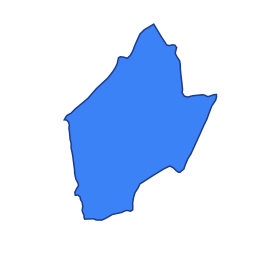 Överkalix, Norrbotten, Sweden, rotated 232°
{"feature_id": "70781695B62511504929607", "entity_name": "Överkalix", "entity_type": "district", "adm_level": 2, "iso_a3": "SWE", "parent_name": "Sweden", "parent_adm1": "Norrbotten", "projection": "mercator", "projection_center": [22.529, 66.493], "detail": "fine", "context": "isolated", "style": "filled", "palette": "blue", "viewbox_px": 256, "rotation_deg": 232, "n_neighbors": 0, "source": "geoboundaries", "source_scale": "gbopen_adm2", "svg_char_len": 1491}
<svg xmlns="http://www.w3.org/2000/svg" viewBox="0 0 256 256"><g transform="rotate(232 128 128)"><path d="M82.9,37.7L77.8,44.8L75.0,46.4L71.5,50.8L70.5,55.1L69.5,62.4L65.3,71.2L64.7,74.2L63.7,76.5L60.8,78.9L60.6,81.3L62.4,82.8L66.3,85.7L70.0,89.8L72.8,93.8L74.4,98.5L76.6,102.9L75.2,118.1L73.7,131.2L72.3,137.5L68.7,139.2L64.8,139.7L62.1,140.5L61.1,141.8L61.2,143.3L61.3,146.8L63.7,150.4L65.6,153.8L67.1,156.7L68.9,161.7L74.1,171.7L78.7,180.5L83.5,189.5L86.3,195.4L90.2,201.6L93.8,207.6L95.9,214.1L98.1,217.0L100.0,218.3L101.2,216.5L103.5,210.2L107.0,208.4L108.7,206.7L111.7,201.8L113.7,198.6L115.6,194.1L118.4,192.0L122.6,192.4L124.5,194.5L128.1,196.8L131.5,198.9L136.8,202.1L142.1,205.5L146.0,208.4L149.4,210.1L154.3,210.4L157.8,211.2L159.3,213.0L161.5,215.9L164.6,215.9L166.4,213.9L167.4,211.4L169.6,209.6L179.2,210.4L194.0,212.2L195.4,201.3L194.7,195.3L192.7,191.5L191.1,188.4L188.3,183.3L185.8,179.3L183.8,174.7L183.4,170.4L186.5,168.2L188.9,165.8L189.2,163.8L188.3,162.7L185.2,158.9L183.4,155.3L181.8,150.9L179.8,142.7L178.5,127.4L176.0,114.3L175.5,98.1L174.7,92.3L175.5,87.7L174.8,85.3L173.7,82.8L172.1,84.5L168.9,84.7L166.5,83.6L164.3,81.4L160.9,79.4L157.8,77.4L154.7,75.4L150.7,73.6L147.4,70.9L142.7,68.7L138.7,66.5L133.2,63.2L128.5,60.5L125.2,58.1L120.1,55.6L114.8,54.5L113.0,53.4L111.9,50.3L110.1,46.5L107.4,45.0L106.1,47.2L103.2,47.8L100.8,46.5L97.7,46.1L94.1,44.1L91.4,41.2L89.2,40.3L86.3,39.6L84.6,38.3L82.9,37.7Z" fill="#3b82f6" stroke="#1e3a8a" stroke-width="1.5"/></g></svg>